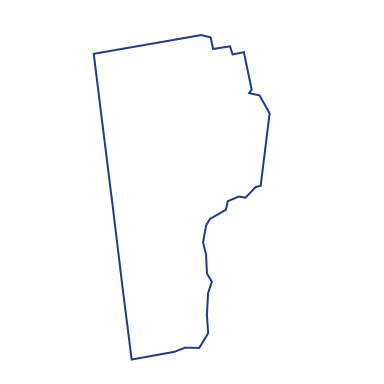 Echols, Georgia, United States of America, rotated 79°
{"feature_id": "52423323B30388068130066", "entity_name": "Echols", "entity_type": "district", "adm_level": 2, "iso_a3": "USA", "parent_name": "United States of America", "parent_adm1": "Georgia", "projection": "robinson", "projection_center": [-82.847, 30.731], "detail": "fine", "context": "isolated", "style": "outline", "palette": "blue", "viewbox_px": 384, "rotation_deg": 79, "n_neighbors": 0, "source": "geoboundaries", "source_scale": "gbopen_adm2", "svg_char_len": 601}
<svg xmlns="http://www.w3.org/2000/svg" viewBox="0 0 384 384"><g transform="rotate(79 192 192)"><path d="M129.6,100.8L110.0,107.3L105.9,117.0L102.8,113.9L64.7,114.4L64.7,125.9L56.3,126.9L55.6,144.0L43.7,144.2L39.7,153.2L37.6,262.1L40.5,262.3L180.9,271.9L181.8,271.9L281.0,279.0L286.2,279.3L286.3,279.3L344.9,283.2L345.5,239.7L343.5,228.5L346.4,214.6L333.7,203.1L315.2,200.8L294.3,195.5L283.8,189.6L274.8,192.9L255.9,190.1L243.6,190.8L227.3,184.4L221.8,179.4L215.9,162.1L207.8,158.6L205.4,146.7L207.8,140.6L199.2,128.5L199.0,123.4L129.6,100.8Z" fill="none" stroke="#1e3a8a" stroke-width="2"/></g></svg>